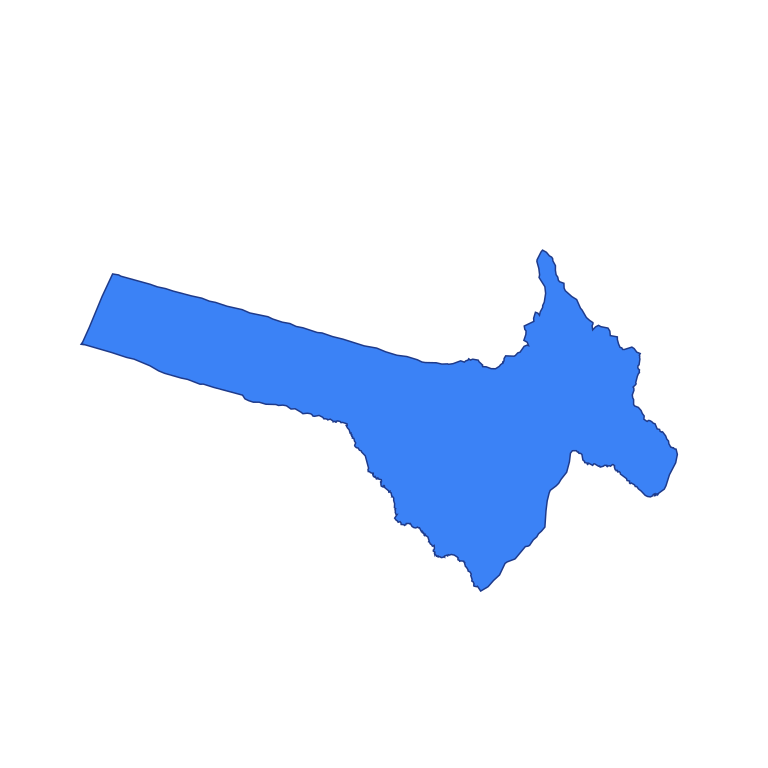 Bariadi, Simiyu, United Republic of Tanzania (Natural Earth projection), rotated 196°
{"feature_id": "72390352B92057106188413", "entity_name": "Bariadi", "entity_type": "district", "adm_level": 2, "iso_a3": "TZA", "parent_name": "United Republic of Tanzania", "parent_adm1": "Simiyu", "projection": "natural_earth1", "projection_center": [34.103, -2.601], "detail": "fine", "context": "isolated", "style": "filled", "palette": "blue", "viewbox_px": 768, "rotation_deg": 196, "n_neighbors": 0, "source": "geoboundaries", "source_scale": "gbopen_adm2", "svg_char_len": 6145}
<svg xmlns="http://www.w3.org/2000/svg" viewBox="0 0 768 768"><g transform="rotate(196 384 384)"><path d="M683.9,339.0L684.1,339.3L654.8,339.2L638.7,338.6L631.1,339.0L614.0,337.0L604.2,334.5L597.9,333.8L580.6,333.8L574.1,334.3L560.8,333.1L557.6,334.1L546.8,333.8L516.9,334.3L513.6,331.4L509.6,330.7L504.7,330.5L498.9,332.1L492.0,332.0L482.2,334.5L479.5,334.3L475.5,335.8L471.8,336.2L466.5,334.3L462.6,335.7L455.9,334.0L453.8,333.1L449.6,334.8L446.4,335.2L444.8,334.7L443.5,333.6L441.9,333.8L437.7,335.9L433.7,335.1L432.1,333.9L431.1,334.4L428.9,334.5L428.2,334.0L426.0,335.4L422.9,334.4L422.5,333.6L420.8,334.7L420.1,334.0L419.3,334.3L419.0,335.6L417.7,335.8L415.6,335.8L414.7,335.0L413.1,335.7L408.5,335.5L408.0,334.1L408.9,333.7L407.1,331.8L404.9,330.4L403.0,327.4L402.2,327.8L401.6,326.1L401.0,326.3L400.5,324.8L399.7,324.6L399.5,323.3L398.0,323.4L396.5,320.8L395.4,320.0L395.0,319.5L395.3,316.9L394.6,316.0L393.0,315.2L391.2,315.3L389.4,313.6L387.4,313.4L386.7,312.4L382.2,309.8L375.6,298.8L375.8,297.3L375.0,295.5L373.8,295.8L372.7,295.1L370.9,295.0L369.7,295.3L369.5,294.5L370.0,294.4L369.9,294.0L369.0,292.6L368.4,292.2L367.2,292.6L367.3,291.9L366.2,291.9L365.2,290.7L364.2,291.9L363.8,291.2L363.3,291.6L362.8,291.1L360.3,291.3L359.6,289.9L360.3,289.0L360.0,288.2L359.5,288.2L359.4,286.8L358.5,285.1L357.0,284.8L356.6,285.8L356.1,285.1L355.5,286.0L354.9,284.7L350.1,282.6L349.6,281.5L348.7,282.4L348.6,281.6L347.0,281.2L346.1,279.1L345.3,278.4L345.4,277.8L344.7,278.1L343.2,277.0L342.6,274.7L340.8,271.9L339.9,268.0L338.4,267.3L338.8,266.1L338.1,265.4L337.8,263.7L336.4,261.8L335.4,262.2L336.8,258.0L334.7,256.4L333.4,256.1L332.3,255.0L330.6,256.1L329.4,255.2L328.8,253.7L326.0,254.3L325.4,253.7L324.2,254.8L324.2,256.0L321.3,256.9L320.6,256.6L320.2,257.1L317.8,254.8L315.8,254.2L313.8,254.4L312.3,255.7L311.2,255.2L310.3,255.6L307.8,252.9L307.0,253.1L307.0,252.4L306.6,252.5L306.3,251.9L305.6,252.2L305.2,251.3L304.4,251.4L303.9,250.1L303.2,250.6L303.3,249.6L302.9,249.4L302.5,250.1L299.6,249.0L297.4,245.6L297.6,244.7L296.9,244.7L295.2,242.9L294.1,242.8L293.0,241.6L292.4,241.5L291.3,242.6L290.3,240.1L290.2,238.6L290.8,238.0L290.5,236.9L288.7,236.4L288.8,235.1L288.2,234.1L288.2,234.7L287.4,233.9L286.1,233.5L286.0,232.9L284.4,233.5L284.2,232.7L282.7,233.4L281.1,232.9L279.4,233.7L278.7,234.6L278.0,234.3L278.3,235.4L276.5,236.7L275.4,236.3L275.2,237.6L274.1,237.5L272.3,238.7L269.3,238.9L266.0,237.9L264.7,237.2L264.8,236.1L264.2,235.3L263.0,235.3L262.4,234.5L261.3,235.2L258.5,235.6L258.3,235.0L257.2,234.7L257.2,234.0L255.4,231.0L254.3,230.6L252.2,228.7L251.6,227.4L249.5,227.0L247.7,225.3L247.9,224.0L245.5,220.5L245.3,218.8L243.9,218.5L242.3,216.6L242.4,215.5L241.8,214.5L239.1,214.7L238.4,215.3L234.0,211.6L228.1,217.8L224.5,225.4L220.3,232.3L218.2,244.9L216.5,247.0L209.9,251.9L209.4,252.8L203.3,266.7L200.9,267.8L199.6,269.0L197.5,275.4L195.0,279.2L194.2,282.6L192.1,285.9L189.9,290.8L193.3,306.6L194.9,316.6L195.2,324.7L194.9,327.6L190.4,333.6L188.7,336.7L187.5,341.2L184.1,349.5L184.3,360.3L185.7,368.9L184.5,371.8L180.7,372.9L179.3,371.9L178.5,372.2L177.5,371.1L175.8,371.5L174.3,370.8L171.9,365.8L169.8,364.8L169.4,363.8L166.8,364.0L166.6,363.1L166.0,362.8L165.4,364.3L161.0,363.3L160.3,365.1L159.5,365.3L155.1,364.1L154.1,364.6L153.3,363.7L150.5,365.4L149.6,366.6L147.4,367.2L147.0,366.2L146.5,366.2L146.5,366.7L144.8,367.6L143.6,367.4L142.2,369.5L141.3,369.7L139.7,368.8L139.8,367.9L138.2,365.4L137.6,365.4L136.9,364.6L135.8,365.2L135.0,363.9L133.7,364.6L132.6,364.0L131.9,362.6L124.8,359.9L123.8,358.2L121.2,358.4L120.7,356.5L119.9,356.1L119.0,357.0L115.4,356.1L114.2,354.7L112.8,355.1L110.4,353.2L107.5,352.1L102.3,349.0L99.7,348.5L96.8,348.9L94.9,350.6L94.7,352.0L93.4,353.1L93.1,351.2L91.9,351.9L92.3,353.1L91.2,353.7L90.4,352.9L89.8,354.8L85.6,360.2L84.9,363.9L84.6,375.5L81.9,388.7L82.6,397.2L85.3,401.9L87.0,401.7L88.2,402.5L89.3,402.1L90.0,402.5L90.9,402.3L93.7,405.1L94.8,407.6L97.0,409.0L98.9,411.7L102.9,414.7L103.5,414.8L103.9,414.3L105.6,414.7L106.6,416.3L109.0,416.1L112.5,420.5L114.2,420.5L116.3,421.6L118.5,422.1L119.9,421.8L120.6,420.6L121.1,420.6L124.5,421.8L125.1,425.0L127.5,426.8L129.6,429.4L133.0,431.6L137.1,432.0L138.4,433.1L139.8,437.9L141.1,439.2L142.3,441.9L142.0,446.8L142.7,448.8L143.7,449.7L141.8,453.0L141.8,453.9L142.4,454.6L142.6,461.3L142.3,464.0L141.6,465.4L142.2,466.7L142.3,468.0L143.8,468.7L144.7,470.1L144.8,471.8L144.1,472.7L144.9,478.5L145.6,479.8L145.9,481.4L146.5,482.0L146.1,483.9L149.8,484.3L153.3,487.0L155.9,487.8L162.5,483.4L164.2,483.0L165.4,484.3L167.2,484.3L169.6,487.2L171.9,491.0L172.7,493.6L179.8,492.9L181.5,497.1L184.1,499.5L191.3,498.9L194.0,499.5L196.4,497.2L198.3,493.5L200.0,497.3L199.7,499.4L200.1,500.6L203.8,501.8L207.8,503.7L214.1,509.8L216.0,511.0L222.1,518.3L227.5,519.8L235.4,523.6L237.3,525.8L238.8,530.4L243.3,530.7L245.0,531.8L246.4,534.6L248.7,536.5L250.6,540.6L251.8,545.0L255.6,548.9L256.5,551.1L257.9,552.2L260.4,552.8L264.2,555.4L268.5,556.4L269.4,554.4L271.1,545.6L270.8,543.9L267.0,537.7L264.5,531.8L264.3,529.1L256.2,521.9L253.6,515.6L252.5,506.8L253.1,503.2L252.6,501.3L253.7,496.3L253.5,492.9L255.6,494.5L258.2,494.7L258.3,488.4L257.2,485.5L265.2,478.4L263.7,475.3L262.1,474.2L261.3,470.8L261.6,464.5L257.8,463.6L255.6,460.7L257.3,460.7L259.7,458.8L262.0,452.1L264.0,450.8L265.6,447.6L266.6,446.6L274.8,444.6L275.6,441.6L275.1,439.6L275.4,437.2L275.8,437.5L275.7,436.7L277.3,434.6L278.0,432.8L281.0,429.4L285.2,428.3L290.5,428.7L294.0,427.9L294.7,429.1L294.5,429.4L298.8,431.6L300.0,432.9L305.6,432.3L307.6,430.8L309.5,431.6L310.0,429.9L311.6,429.0L312.8,427.2L316.7,427.4L323.2,422.6L327.4,420.7L328.3,420.9L333.9,419.1L339.6,418.8L350.2,416.0L353.5,415.6L358.6,416.5L369.6,416.7L379.5,415.2L391.3,415.4L400.9,416.5L413.5,415.2L435.9,415.8L446.5,415.4L457.6,416.0L462.3,415.1L477.4,415.7L484.3,415.1L491.1,416.2L498.8,415.4L508.9,415.8L514.1,416.7L532.7,415.3L540.8,416.4L556.3,415.5L568.4,416.0L574.7,415.5L582.8,416.3L593.7,415.6L612.2,415.2L620.2,415.5L628.8,414.9L636.2,415.4L666.7,415.1L669.1,415.7L675.2,415.0L679.1,390.6L682.9,357.2L685.2,341.4L686.1,338.7L683.9,339.0Z" fill="#3b82f6" stroke="#1e3a8a" stroke-width="1.5"/></g></svg>